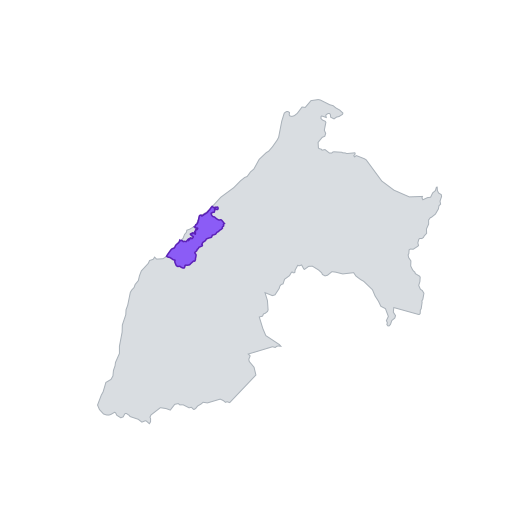 Peru, with Lima highlighted, rotated 73°
{"feature_id": "PER-591", "entity_name": "Lima", "entity_type": "Department", "adm_level": 1, "iso_a3": "PER", "parent_name": "Peru", "parent_adm1": "", "projection": "mercator", "projection_center": [-76.872, -11.804], "detail": "fine", "context": "in_parent", "style": "filled", "palette": "violet", "viewbox_px": 512, "rotation_deg": 73, "n_neighbors": 0, "source": "natural_earth", "source_scale": "10m", "svg_char_len": 8658}
<svg xmlns="http://www.w3.org/2000/svg" viewBox="0 0 512 512"><g transform="rotate(73 256 256)"><path d="M361.7,148.9L361.5,150.2L359.8,150.9L358.3,149.9L355.9,150.2L352.5,147.1L344.2,147.6L340.6,151.3L335.1,152.1L329.1,153.8L322.3,154.5L311.7,160.4L309.2,162.8L304.4,166.3L300.5,167.5L298.5,178.3L294.7,184.6L293.2,188.0L295.3,193.2L295.2,195.8L293.1,197.9L291.3,198.1L287.6,200.3L282.2,205.1L281.3,208.7L283.0,213.6L282.4,214.1L277.9,215.0L278.0,217.7L277.1,218.8L280.9,222.7L283.0,223.6L283.2,224.6L282.8,225.5L281.9,226.0L281.9,226.8L284.6,229.7L286.6,235.5L290.6,238.3L290.6,240.2L291.8,242.0L293.9,243.4L298.7,249.2L298.7,251.9L293.7,258.1L302.0,258.1L311.1,260.2L312.4,261.2L313.5,264.0L313.6,265.8L315.4,267.3L315.3,270.7L327.3,270.7L335.0,269.9L347.6,259.5L349.6,258.6L348.6,260.9L348.4,262.5L349.1,264.3L347.6,266.8L347.5,292.1L349.8,290.8L352.7,293.1L354.9,293.3L361.8,290.4L369.8,290.9L388.5,324.0L386.9,326.3L387.0,328.0L384.7,329.5L382.4,332.1L382.3,345.4L380.4,349.4L381.4,351.5L382.4,355.7L384.2,358.3L384.6,359.9L384.4,360.6L381.8,362.0L381.6,364.4L377.0,369.2L376.1,372.4L374.4,373.5L374.1,377.1L378.3,383.0L375.6,386.6L373.1,391.8L377.3,402.9L379.1,404.5L380.9,404.4L383.7,405.3L385.2,407.0L381.8,409.1L381.2,410.0L381.5,413.7L377.7,416.4L372.7,423.4L371.4,423.8L368.8,425.9L368.4,426.9L368.8,427.9L371.0,430.0L371.2,432.6L367.6,435.7L365.0,436.1L364.1,436.9L365.1,441.2L365.1,443.2L364.3,445.5L362.5,448.0L357.1,450.6L352.2,451.1L343.8,444.6L341.2,441.9L333.0,436.5L331.6,430.7L328.9,427.9L323.8,425.8L319.8,422.9L316.7,421.5L309.3,415.1L302.4,413.0L289.7,406.3L282.9,404.0L274.1,397.7L269.4,396.0L265.6,393.1L254.0,386.8L252.2,384.8L250.5,381.8L247.9,379.9L245.1,375.7L240.8,373.2L236.7,370.0L231.6,361.2L229.2,359.1L229.1,355.2L227.4,353.3L229.9,352.0L231.4,345.8L230.6,342.7L224.8,334.4L223.7,330.9L219.4,324.6L217.9,320.7L214.5,318.0L213.0,315.6L211.1,314.6L211.0,311.6L209.7,306.1L207.8,303.3L201.1,298.0L200.4,292.4L198.9,288.4L189.5,272.5L184.1,257.2L179.5,248.7L177.6,243.9L177.4,241.2L174.0,236.7L172.2,232.6L164.5,224.7L160.1,215.9L159.5,213.3L156.5,208.5L151.6,202.2L149.2,199.7L134.5,191.9L127.6,187.2L126.8,184.8L127.1,183.3L128.6,182.0L130.7,183.0L132.0,182.6L133.0,180.9L133.0,178.3L131.7,174.9L127.0,168.4L128.3,165.5L123.5,158.0L124.6,150.7L125.7,148.8L132.8,141.4L134.8,138.3L137.8,136.3L140.9,133.3L144.7,131.1L145.8,131.8L146.9,135.8L146.7,138.4L147.7,141.3L145.1,144.0L142.3,143.5L141.2,144.1L140.8,145.4L141.3,147.4L142.0,148.2L144.1,148.3L141.3,152.2L141.5,152.9L143.5,153.7L145.4,152.7L147.4,150.4L148.6,150.1L155.7,153.9L159.1,153.5L161.6,155.2L161.9,158.0L165.5,163.4L170.8,164.7L171.7,164.3L173.0,162.3L174.1,161.9L174.4,158.9L179.0,155.7L179.7,153.5L179.0,152.0L179.2,150.8L181.9,143.6L182.7,142.9L183.5,140.6L184.6,139.2L186.2,131.3L187.4,131.3L188.7,133.2L190.1,132.7L189.3,130.9L189.6,130.3L194.7,123.9L196.3,122.5L221.1,113.8L233.4,104.8L244.3,92.1L247.7,79.4L248.9,80.3L251.0,80.0L250.3,74.9L250.8,72.4L250.7,71.7L247.3,68.6L245.9,65.3L243.0,63.4L243.1,62.6L246.3,63.4L249.1,63.0L251.5,60.9L253.3,61.1L257.4,64.0L260.4,64.3L261.4,66.3L264.3,67.8L268.4,72.2L270.3,77.0L270.2,77.9L272.0,80.4L276.0,81.6L280.0,85.1L284.2,86.2L286.1,89.4L287.2,90.4L287.8,92.3L287.1,94.4L287.7,95.5L290.8,97.4L293.4,97.5L294.0,98.4L295.5,103.7L294.5,106.3L294.9,107.8L298.3,109.1L299.4,110.2L302.1,110.5L306.0,109.3L310.8,111.0L314.5,110.4L316.2,109.9L317.9,108.8L319.4,108.8L323.2,105.4L324.3,105.2L328.3,106.7L331.7,109.0L335.9,108.5L337.6,107.1L340.7,106.3L346.2,109.1L347.4,110.5L348.9,110.7L354.8,113.5L355.8,114.7L359.0,115.8L359.6,116.7L359.4,117.7L345.6,139.3L349.9,141.1L353.8,140.0L355.9,141.4L357.4,145.0L360.6,147.3L361.7,148.9Z" fill="#d9dde1" stroke="#a8b0b8" stroke-width="1"/><path d="M230.1,341.6L229.5,340.9L228.9,340.3L227.5,338.5L225.8,336.3L225.2,335.5L225.0,335.0L224.7,334.5L224.5,333.6L224.6,332.8L224.5,331.9L224.1,331.4L223.9,331.1L222.5,329.9L222.1,329.4L221.2,327.6L221.0,327.3L221.0,326.7L220.8,326.3L220.5,326.0L219.9,325.1L218.9,324.5L218.5,324.2L218.8,324.0L219.0,323.9L219.3,323.7L219.4,323.4L219.4,323.2L219.4,322.7L219.6,322.1L220.7,321.6L220.9,321.5L221.0,321.4L221.0,321.2L220.9,321.1L220.9,320.6L220.9,320.4L221.0,320.3L221.1,320.1L221.3,319.8L221.3,319.6L221.5,319.3L221.7,318.8L221.7,318.6L221.8,318.5L221.7,318.3L221.7,318.2L221.3,317.8L220.9,317.1L220.7,316.9L220.6,316.7L220.4,316.4L220.4,316.2L220.0,315.7L219.9,315.4L220.0,315.2L220.4,314.9L220.5,314.9L221.0,315.2L220.8,314.7L220.5,314.4L220.1,314.0L219.8,314.0L219.7,314.0L219.6,313.9L219.5,313.2L219.8,312.8L220.0,312.8L220.1,312.7L220.5,312.5L220.7,312.2L220.6,311.8L220.3,311.4L220.2,311.2L219.7,310.6L219.5,310.4L219.2,310.3L218.8,310.6L218.0,311.4L217.9,311.5L217.6,311.6L217.3,311.9L217.2,312.0L216.8,312.1L216.3,312.3L216.1,312.4L215.9,312.4L215.7,312.2L215.7,311.8L215.7,311.6L215.7,311.4L215.7,310.9L215.8,310.8L216.0,310.6L215.9,310.5L215.9,310.3L215.7,310.3L215.4,310.4L215.3,310.0L215.3,309.8L215.3,309.6L215.6,309.3L215.7,309.1L215.8,308.8L215.9,308.7L216.0,308.6L216.3,308.6L216.6,308.5L217.2,307.7L217.3,307.6L217.1,307.4L216.5,307.3L216.1,307.2L215.8,307.1L215.5,307.2L215.4,307.4L215.2,307.6L214.8,307.5L214.7,307.4L214.6,307.2L214.4,307.0L214.2,306.5L214.2,306.2L213.8,306.2L213.4,306.1L213.2,305.9L213.2,305.4L213.4,305.0L213.4,304.8L213.5,304.6L213.4,304.4L213.1,304.1L212.8,303.8L212.6,303.7L212.4,303.7L212.3,303.8L212.2,303.8L212.0,304.6L211.8,304.9L211.7,305.1L211.4,305.2L211.4,305.4L211.4,305.6L211.4,305.8L210.8,306.0L210.2,306.4L210.2,306.2L209.9,305.7L209.6,305.3L209.3,305.1L209.0,305.0L208.8,304.8L208.4,304.3L208.4,304.2L208.5,304.0L208.5,303.8L208.4,303.6L208.1,303.2L207.8,302.7L207.6,302.4L207.4,302.3L207.2,302.3L207.0,302.1L206.8,301.7L206.4,301.5L205.5,301.1L204.8,300.5L201.6,298.8L201.1,298.4L200.8,298.1L200.8,297.9L200.8,297.4L200.7,297.0L200.8,296.8L200.8,296.6L201.1,296.4L201.4,296.5L201.6,296.4L201.8,296.3L201.9,296.0L201.9,295.4L201.6,294.9L201.4,294.6L201.5,294.4L201.1,293.9L201.2,293.7L201.0,293.3L201.1,293.1L200.9,292.7L200.5,292.2L200.8,291.8L200.6,291.4L200.4,291.0L200.4,290.8L200.3,290.3L200.1,290.0L199.8,289.6L199.4,289.1L199.5,288.7L198.9,288.3L198.6,288.0L198.6,287.7L198.3,287.0L198.3,286.8L197.7,286.2L197.4,286.0L197.3,285.8L197.2,285.5L197.0,285.3L196.6,284.9L195.7,283.4L196.3,283.0L196.4,282.9L196.7,282.8L196.9,282.7L197.1,282.5L197.3,282.3L197.5,281.9L197.5,281.6L197.6,281.4L197.5,280.9L197.4,280.7L197.5,280.5L197.8,279.6L197.8,279.4L197.9,278.6L198.0,278.4L198.5,278.2L199.7,278.4L200.0,278.7L200.1,278.8L200.3,279.2L200.2,279.6L200.0,280.0L199.9,280.2L199.7,280.4L199.4,280.7L198.9,281.0L198.6,281.3L198.5,281.5L198.7,281.8L199.1,282.0L199.4,282.0L199.9,281.9L200.1,281.9L200.3,282.0L200.7,282.4L200.9,282.6L201.5,282.8L201.7,283.0L201.9,283.2L201.9,283.4L201.8,283.7L201.7,284.1L201.7,284.3L201.6,284.5L201.7,284.8L201.7,285.0L201.9,285.4L201.9,285.6L201.9,285.8L201.9,286.1L201.9,286.3L202.0,286.4L202.4,286.5L203.7,286.5L204.0,286.5L205.1,286.1L205.8,285.6L206.5,284.3L208.6,283.0L209.1,282.6L210.2,281.6L210.7,281.0L210.9,280.5L210.9,280.3L211.0,279.2L211.2,278.8L212.1,278.2L215.8,276.7L215.9,277.4L216.0,277.6L216.2,277.9L216.4,278.0L216.7,278.0L216.9,278.0L217.2,278.0L217.7,278.1L217.9,278.3L218.0,278.5L218.1,279.0L218.3,279.5L219.0,280.0L219.6,280.0L220.1,280.9L220.3,281.3L220.7,283.0L220.8,283.3L221.4,284.3L221.6,284.7L221.7,285.0L221.9,286.4L222.4,287.1L223.0,287.8L223.3,288.3L223.4,290.1L223.3,291.3L223.4,291.6L223.4,291.8L223.6,291.9L224.6,292.6L224.9,292.9L225.1,293.4L225.1,293.7L225.1,294.0L225.0,295.5L225.1,297.6L225.3,298.6L226.3,299.6L226.6,300.0L226.7,300.5L227.4,302.7L227.7,303.1L227.9,303.4L228.1,303.6L228.6,303.9L228.8,304.1L229.1,304.4L229.6,304.1L229.8,304.1L230.3,304.2L230.5,304.4L230.6,304.6L230.7,304.9L230.7,305.8L230.9,306.8L230.9,307.6L231.0,308.0L232.0,309.1L232.2,309.4L232.3,310.0L232.5,310.2L232.6,310.4L233.0,310.6L233.7,311.2L234.5,313.1L234.7,313.3L235.0,313.6L235.6,313.5L236.6,313.1L236.9,313.0L237.3,313.0L237.6,313.0L239.3,313.8L239.5,313.9L239.6,314.0L240.2,314.4L241.8,315.0L242.8,315.8L242.9,316.0L243.0,316.3L242.6,317.1L242.7,317.5L242.9,317.9L244.4,321.1L244.7,321.4L245.0,322.2L244.8,324.1L244.7,324.5L244.4,325.3L244.2,326.0L244.2,326.3L244.3,326.6L244.5,326.7L245.3,327.1L246.4,328.0L246.4,328.6L246.0,329.6L245.4,330.3L244.5,331.2L243.8,331.6L243.6,331.9L243.5,332.3L243.2,333.6L242.9,334.3L242.4,334.6L241.8,335.0L241.5,335.1L239.5,335.3L238.1,335.4L237.6,335.3L236.6,334.8L236.5,334.7L236.4,334.7L236.1,334.8L236.0,335.1L235.7,335.8L235.5,336.0L235.3,336.3L232.3,338.7L232.2,338.9L231.4,340.4L231.0,340.9L230.1,341.6L230.1,341.6Z" fill="#8b5cf6" stroke="#5b21b6" stroke-width="1.5"/></g></svg>